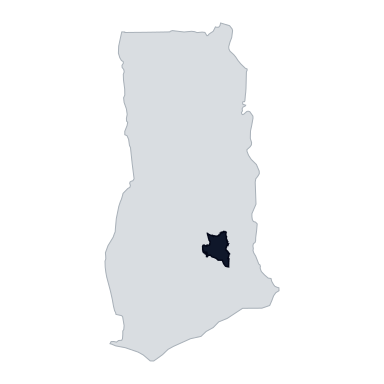 location of Kwahu Afram Plains South, Eastern, Ghana
{"feature_id": "2480657B87039075961323", "entity_name": "Kwahu Afram Plains South", "entity_type": "district", "adm_level": 2, "iso_a3": "GHA", "parent_name": "Ghana", "parent_adm1": "Eastern", "projection": "equal_earth", "projection_center": [-0.455, 6.878], "detail": "fine", "context": "in_parent", "style": "filled", "palette": "ink", "viewbox_px": 384, "rotation_deg": 0, "n_neighbors": 0, "source": "geoboundaries", "source_scale": "gbopen_adm2", "svg_char_len": 7224}
<svg xmlns="http://www.w3.org/2000/svg" viewBox="0 0 384 384"><path d="M229.6,25.7L232.1,28.9L232.6,30.7L231.7,37.5L229.9,42.3L228.7,46.8L228.9,49.0L230.0,51.2L233.8,54.7L235.7,57.0L238.0,60.5L240.7,63.8L245.2,68.2L247.1,69.0L247.1,70.3L246.4,71.9L246.0,88.3L245.7,92.6L245.4,94.7L244.9,100.8L244.5,101.7L243.6,101.6L242.8,101.9L242.6,103.1L242.9,104.3L245.7,105.2L245.1,106.1L243.1,107.0L242.1,108.8L242.5,110.9L241.4,112.6L241.7,113.8L242.5,114.6L243.6,114.3L246.8,111.5L248.1,111.2L249.8,111.7L252.9,116.1L253.0,118.2L251.7,125.4L250.5,131.0L250.3,138.4L251.6,142.6L251.4,144.9L250.0,146.9L246.9,149.7L247.1,151.7L248.6,155.4L251.2,159.4L256.4,164.5L259.2,171.1L259.3,173.7L257.7,176.4L255.8,178.7L255.2,182.1L256.0,204.1L251.9,213.7L251.9,216.4L252.3,219.6L253.4,221.5L255.5,222.1L257.2,223.9L256.6,230.6L255.7,237.5L255.6,240.8L255.1,242.4L253.4,243.7L252.9,245.8L253.3,248.5L253.0,250.5L253.8,253.0L255.7,256.2L258.8,264.1L259.9,264.8L260.4,266.4L260.1,268.0L261.3,271.5L264.6,275.0L268.2,278.1L271.0,278.5L271.7,281.3L273.6,284.7L274.9,286.3L277.1,287.3L278.9,287.8L279.0,290.7L275.8,292.7L273.6,295.8L271.9,300.4L269.7,305.5L261.8,308.2L258.7,308.2L242.6,308.3L227.4,318.3L218.7,321.9L213.3,327.5L206.1,331.5L201.0,336.4L190.5,338.7L173.4,346.4L168.0,349.4L162.5,354.7L153.7,361.0L150.2,360.9L143.3,355.0L138.1,352.1L125.3,347.7L115.8,345.9L111.2,344.0L110.0,343.7L111.1,341.6L113.7,341.5L116.5,342.1L118.6,340.5L121.7,340.3L122.5,338.6L122.8,334.4L122.8,331.0L123.8,329.5L124.1,325.5L122.6,316.6L121.5,315.6L116.0,314.4L115.6,312.6L114.6,310.7L113.5,306.2L112.3,299.4L110.4,290.9L106.7,277.0L105.8,272.1L105.2,267.1L105.0,261.2L105.8,258.9L105.7,255.9L105.4,252.8L108.0,245.7L113.2,237.1L114.3,233.9L115.2,231.8L115.4,228.7L116.3,218.6L118.8,206.4L120.3,201.8L121.4,199.3L122.6,195.3L123.0,193.4L127.7,188.6L129.9,187.3L130.4,185.4L129.7,183.4L130.0,182.0L131.1,181.3L132.9,180.7L134.1,178.8L132.2,163.8L130.6,148.8L130.5,147.6L129.5,145.5L128.6,139.3L127.0,135.7L124.8,134.7L124.8,131.3L127.1,125.5L127.7,122.2L126.6,121.2L126.4,118.5L127.2,114.3L126.8,111.7L126.4,108.9L124.1,102.4L123.6,97.8L124.8,95.1L124.7,89.1L123.5,80.0L123.3,74.3L124.2,71.9L123.8,69.6L122.1,67.4L122.0,65.3L123.4,63.2L123.2,61.6L121.4,60.5L119.8,57.7L118.4,53.2L118.7,46.1L121.5,33.0L121.8,31.9L124.8,32.0L124.8,32.5L134.3,32.4L145.1,32.3L158.1,32.1L169.8,31.9L170.3,31.3L172.3,30.6L184.1,32.0L191.6,31.3L194.7,31.7L197.0,32.6L202.1,32.1L204.9,32.4L206.9,35.7L207.8,35.6L208.9,34.2L211.0,32.7L213.1,31.4L214.5,28.8L215.4,26.9L216.8,27.3L218.7,27.2L220.0,25.6L220.6,23.0L229.6,25.7Z" fill="#d9dde1" stroke="#a8b0b8" stroke-width="1"/><path d="M223.0,231.9L222.8,232.0L222.7,232.1L222.6,232.4L222.4,232.4L222.2,232.3L222.1,232.6L221.8,232.4L221.7,232.4L221.4,232.5L221.2,232.4L221.1,232.6L221.0,232.9L220.7,233.0L220.3,233.1L220.4,233.4L220.5,233.4L220.6,233.5L220.4,233.9L220.2,233.9L220.2,234.1L220.0,234.5L219.9,234.7L219.7,235.0L219.4,235.0L219.2,235.3L219.0,235.5L218.9,235.5L218.8,235.3L218.7,235.5L218.4,235.7L218.1,235.8L217.8,235.9L217.8,236.1L217.4,236.2L217.4,236.3L217.1,236.4L216.8,236.4L216.6,236.3L216.3,236.2L216.2,236.3L215.8,236.3L215.8,236.1L215.7,236.1L215.4,236.1L215.0,236.1L214.8,236.1L214.7,236.0L214.2,235.8L213.8,235.9L213.7,236.0L213.6,235.9L213.3,236.0L213.2,235.9L213.2,236.0L213.1,235.9L213.0,236.0L212.9,236.0L212.7,235.9L212.4,235.9L212.3,235.7L212.1,235.7L211.8,235.5L211.3,235.4L211.1,235.3L210.7,235.3L210.3,235.3L210.2,235.3L209.5,234.6L209.4,234.6L209.1,234.7L208.6,234.6L208.4,234.5L208.3,234.4L208.2,234.1L208.0,233.8L207.9,233.7L207.7,233.5L207.4,233.4L207.4,233.6L207.5,233.8L207.5,234.1L207.6,234.3L207.7,234.5L207.7,235.0L208.0,235.6L208.0,236.0L208.2,236.4L208.4,237.3L208.4,237.6L208.4,237.8L208.8,238.7L208.9,239.1L208.9,239.4L209.0,239.5L209.1,240.2L209.3,240.4L209.6,240.6L209.7,240.9L209.7,241.1L210.1,241.4L210.2,241.6L210.2,241.8L210.1,242.1L210.1,242.4L210.1,242.6L209.9,243.2L209.8,243.7L209.8,244.5L209.6,244.8L209.5,245.1L209.4,245.2L208.8,245.3L208.1,245.1L207.3,245.1L206.5,245.4L206.5,245.7L206.6,245.8L206.6,246.0L206.8,246.2L206.7,246.3L205.1,245.8L204.6,245.4L204.4,245.5L204.3,245.4L204.0,245.1L203.5,245.3L203.2,245.3L203.1,245.5L202.8,245.9L202.6,246.5L202.7,247.4L202.7,249.6L203.0,249.5L203.1,249.8L203.0,250.1L203.0,250.7L203.1,250.9L203.2,251.0L203.4,250.8L203.6,250.8L203.6,251.0L203.3,251.1L203.1,251.2L203.0,251.3L203.0,251.5L203.1,251.9L203.2,252.0L203.2,251.9L203.4,251.9L203.6,251.7L203.7,251.8L203.8,252.0L204.0,251.9L204.2,252.1L204.5,252.0L204.8,252.1L204.6,252.6L204.4,252.7L204.4,252.8L204.4,253.0L204.2,253.1L204.3,253.1L204.7,252.8L205.0,252.7L205.3,252.3L205.4,252.2L205.5,252.0L205.9,251.9L206.0,251.9L206.1,252.0L206.1,252.4L205.6,252.9L205.5,253.1L205.4,253.1L205.5,253.2L205.4,253.3L205.2,253.4L205.2,253.5L205.5,253.5L205.2,253.8L205.1,254.0L205.0,254.4L205.1,254.2L205.4,253.9L205.5,253.7L206.0,253.3L205.9,253.6L206.0,253.9L206.2,253.7L206.4,253.4L206.5,253.4L206.6,253.5L206.8,253.4L206.9,253.5L207.1,253.3L207.2,253.6L207.1,253.8L206.8,253.8L206.7,253.9L206.6,254.2L206.5,254.4L206.4,254.4L206.6,254.6L206.6,255.0L206.8,255.1L206.7,255.5L207.0,255.4L207.1,255.5L206.7,256.1L206.8,256.2L206.8,256.3L206.6,256.3L206.6,256.5L206.9,256.5L207.0,256.6L207.1,256.4L207.4,256.3L207.5,256.3L207.6,256.0L208.2,255.3L208.6,255.4L210.4,255.1L212.0,256.8L214.1,257.4L216.3,258.4L218.1,260.1L222.3,260.2L223.7,263.7L225.4,266.0L225.6,266.2L226.3,266.4L227.5,266.7L228.3,266.7L228.6,266.8L228.6,265.5L228.7,262.8L228.6,262.5L228.6,262.2L228.8,261.7L228.7,261.4L228.5,261.2L228.8,260.6L228.7,260.4L228.5,260.2L228.6,259.7L228.8,259.6L228.9,259.3L229.0,259.0L228.9,258.7L228.7,258.5L228.3,258.5L227.9,258.5L228.1,258.1L228.1,257.7L228.3,257.2L228.6,256.8L228.6,256.7L228.7,256.1L228.8,255.7L228.8,255.4L228.9,255.1L228.9,254.6L229.2,254.1L229.5,253.9L229.0,253.3L228.7,253.2L228.3,252.9L228.2,252.9L228.3,252.6L228.4,252.4L227.9,251.8L227.7,251.6L227.6,251.4L227.4,251.4L227.2,251.3L227.1,251.1L227.0,250.7L226.6,250.5L226.4,250.2L226.2,250.2L226.0,249.9L225.9,249.9L225.8,249.7L225.9,249.4L225.8,249.2L225.9,248.9L225.8,248.7L225.8,248.4L225.9,248.2L226.0,248.1L226.0,247.8L225.9,247.7L226.0,247.5L226.4,247.2L226.4,246.9L226.5,246.7L226.6,246.4L226.7,246.1L226.7,245.9L226.7,245.6L226.9,245.4L227.0,245.3L227.1,245.1L227.2,244.9L227.4,244.6L227.5,244.5L227.7,245.1L227.9,245.3L228.1,244.8L228.2,244.4L228.1,244.2L228.3,243.9L228.2,243.9L227.9,243.7L227.7,243.5L227.5,243.4L227.3,242.7L227.5,242.7L227.5,242.1L227.8,241.8L227.7,241.6L227.4,241.5L227.3,241.3L227.0,241.2L226.8,240.8L226.8,240.7L227.1,240.4L227.1,240.2L226.9,239.9L226.6,239.9L226.4,239.8L226.3,239.5L226.3,239.2L226.4,238.7L226.3,238.1L226.2,237.8L226.2,237.7L226.3,237.4L226.4,237.2L226.5,237.1L226.5,236.9L226.5,236.5L226.4,236.4L226.3,236.2L226.2,236.2L226.0,235.9L225.8,235.4L225.7,235.0L225.8,234.8L225.8,234.6L225.7,234.4L225.7,234.2L225.8,234.2L225.9,233.8L225.9,233.7L225.9,233.4L225.8,233.2L225.9,232.9L225.8,232.7L226.0,232.3L226.1,232.2L225.9,232.0L225.7,232.0L225.3,232.1L225.2,232.0L225.3,231.9L225.2,231.8L225.1,232.0L224.5,231.9L224.1,231.9L223.9,232.0L223.9,231.7L223.8,231.4L223.7,231.4L223.6,231.5L223.1,231.9L223.0,231.9Z" fill="#0f172a" stroke="#020617" stroke-width="1.5"/></svg>